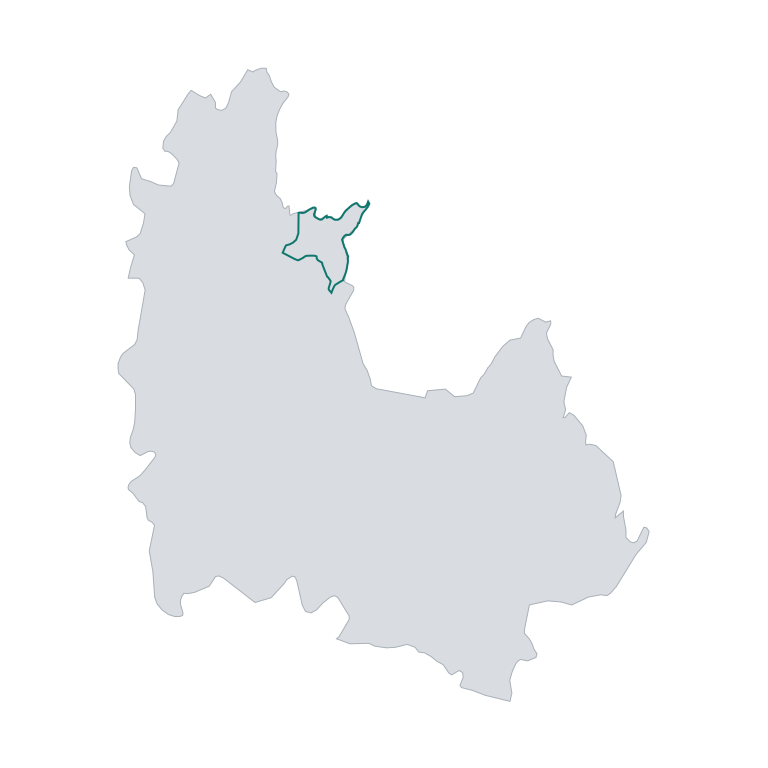 location of Guéckédou within Guinea, rotated 191°
{"feature_id": "GIN-5640", "entity_name": "Guéckédou", "entity_type": "Prefecture", "adm_level": 1, "iso_a3": "GIN", "parent_name": "Guinea", "parent_adm1": "", "projection": "equal_earth", "projection_center": [-10.351, 8.727], "detail": "fine", "context": "in_parent", "style": "outline", "palette": "teal", "viewbox_px": 768, "rotation_deg": 191, "n_neighbors": 0, "source": "natural_earth", "source_scale": "10m", "svg_char_len": 5323}
<svg xmlns="http://www.w3.org/2000/svg" viewBox="0 0 768 768"><g transform="rotate(191 384 384)"><path d="M468.3,537.3L462.3,536.3L459.6,537.8L451.6,550.3L446.8,555.2L439.3,553.7L436.6,554.6L434.7,553.2L437.4,546.3L441.2,532.6L451.1,518.9L451.3,516.0L447.3,507.9L443.0,497.0L443.0,485.2L442.2,476.8L433.5,474.4L432.0,473.0L431.7,470.1L436.6,455.5L437.0,452.5L436.4,449.9L431.1,442.4L422.8,428.5L408.5,400.1L403.1,394.1L398.0,385.4L396.1,379.9L390.8,377.9L340.9,378.3L340.0,385.7L322.8,390.7L312.2,385.0L300.4,388.3L294.7,392.1L290.2,408.7L287.7,412.2L285.2,419.7L282.8,423.7L280.3,431.9L274.6,443.6L268.7,451.1L258.7,455.2L255.5,467.5L253.2,472.1L249.4,475.7L245.2,478.0L237.1,475.6L232.5,477.8L231.7,474.7L234.3,465.0L232.3,459.9L224.5,449.8L223.7,445.0L221.3,438.7L211.1,425.7L201.4,426.5L204.1,415.6L204.1,401.1L200.8,393.2L201.7,385.2L199.9,385.7L196.7,391.2L191.5,389.5L181.0,380.9L175.7,372.5L175.1,365.4L174.0,362.7L170.7,364.2L164.2,364.0L144.1,351.4L130.0,319.7L129.7,312.5L131.8,300.2L131.4,296.8L124.8,305.0L123.6,299.5L118.6,286.8L117.2,279.5L112.4,276.2L108.6,275.7L105.6,278.1L101.6,293.0L98.7,292.9L95.6,289.7L96.3,278.6L104.1,264.7L117.2,229.7L121.9,221.6L124.8,218.8L130.9,218.5L142.8,213.8L157.5,202.9L168.6,203.8L181.8,202.4L199.1,194.9L199.3,171.4L198.8,166.2L192.7,161.5L189.2,157.4L186.1,152.2L182.4,148.5L182.6,144.6L190.2,139.6L197.2,139.7L199.5,137.8L201.3,134.4L203.3,125.9L204.0,117.0L199.5,105.0L199.8,96.5L225.0,97.7L238.8,100.1L250.1,100.8L251.9,102.7L250.3,111.0L251.8,115.8L255.6,117.1L262.0,111.4L265.3,112.7L272.3,119.8L278.9,121.8L286.1,125.6L292.8,127.8L298.8,127.5L303.3,131.5L311.7,132.8L322.6,127.7L331.1,125.5L343.1,124.9L349.4,126.6L367.7,122.5L382.0,124.8L379.8,127.6L373.2,146.4L374.0,149.7L388.6,165.6L392.0,166.8L396.0,164.6L402.3,157.3L407.2,149.3L412.0,145.4L417.6,145.7L422.0,151.3L432.4,174.9L435.0,177.9L437.5,177.8L442.1,173.4L444.4,168.2L454.0,152.7L468.9,144.9L504.4,162.8L509.6,164.1L512.6,162.8L517.0,152.2L530.4,143.2L536.8,140.7L540.4,140.4L541.8,137.5L542.5,133.3L541.7,128.8L537.6,120.8L537.5,118.5L539.8,116.9L544.9,115.8L551.5,116.6L558.9,120.0L564.9,125.0L568.4,130.9L575.1,155.8L582.6,175.4L582.3,201.5L585.6,204.2L589.3,205.3L591.0,207.4L594.6,218.2L598.0,221.3L602.1,222.0L609.8,229.0L614.8,231.7L615.5,233.8L615.3,236.6L613.4,240.3L606.0,247.5L602.3,253.7L594.8,268.5L594.6,271.3L596.2,273.3L599.3,273.7L602.7,272.7L609.6,267.2L615.1,269.2L620.3,273.3L622.3,277.6L622.8,283.2L621.6,290.5L621.4,298.7L623.2,312.5L626.0,326.4L628.7,331.4L646.3,343.7L648.0,348.2L648.9,353.4L647.7,360.4L645.9,364.4L636.3,375.2L634.8,380.4L635.6,390.0L636.4,430.7L640.2,437.6L644.7,441.1L655.3,439.1L655.0,450.4L653.6,463.1L659.8,467.0L662.9,470.9L664.6,474.5L654.9,481.2L652.1,485.1L650.8,495.7L651.1,505.5L664.2,512.5L669.3,520.7L671.6,529.2L672.4,545.2L671.2,548.9L667.8,549.0L661.2,539.2L651.0,538.1L643.5,536.3L630.9,537.5L628.8,540.5L627.3,561.8L630.4,565.4L636.4,569.4L640.3,571.1L643.6,570.7L646.1,573.3L646.7,580.3L645.0,585.4L641.7,590.2L637.5,602.6L638.4,613.9L631.4,631.9L629.3,635.4L619.9,631.9L613.8,630.7L609.4,635.3L603.2,628.2L602.1,622.7L599.9,621.6L595.7,621.5L591.9,624.6L590.3,630.3L589.4,641.9L582.6,652.9L577.7,666.5L572.1,665.3L570.9,666.9L565.0,670.5L559.9,671.5L558.5,667.8L555.5,664.9L552.2,659.1L548.4,654.4L541.2,651.1L538.3,652.5L534.9,652.2L532.6,650.3L533.0,647.5L536.7,640.4L538.9,633.8L540.1,626.7L540.1,619.9L538.0,610.3L534.8,602.7L534.0,598.3L534.3,592.0L533.6,586.1L532.5,583.1L531.0,572.0L529.1,570.0L528.0,561.1L528.3,552.0L525.5,548.6L521.1,546.1L518.5,542.5L516.9,538.6L515.3,537.4L513.9,537.7L512.7,540.1L511.2,540.6L508.7,532.1L507.6,531.8L505.8,533.8L485.5,543.2L482.9,535.2L479.0,533.7L472.2,537.0L468.3,537.3Z" fill="#d9dde1" stroke="#a8b0b8" stroke-width="1"/><path d="M444.1,478.6L444.0,478.0L445.7,476.7L450.0,472.8L451.2,471.4L451.4,470.8L452.3,467.5L453.0,463.5L455.8,465.7L456.3,466.4L456.6,467.5L455.9,474.0L456.0,474.7L456.3,475.2L459.2,478.0L460.3,478.5L467.4,489.7L467.6,490.3L467.7,490.8L467.9,491.2L468.6,491.5L471.8,492.6L473.0,493.3L473.8,494.1L474.5,496.2L474.7,496.5L475.7,496.6L477.4,496.6L483.7,495.3L485.0,494.8L486.1,494.0L486.6,493.5L487.3,492.6L491.3,489.4L492.1,489.0L495.4,489.6L508.5,493.5L507.6,497.8L506.7,501.3L503.1,503.2L500.3,505.4L497.7,508.9L496.8,515.5L500.5,535.7L499.4,536.1L499.0,536.2L497.5,536.2L496.1,536.5L494.9,537.0L493.6,537.9L490.5,541.1L487.3,543.6L485.7,544.0L484.6,543.5L484.3,542.1L485.1,537.2L484.5,535.6L483.4,534.7L478.9,533.2L477.6,533.2L476.3,533.7L473.6,537.2L472.3,538.2L471.7,536.4L470.1,537.3L469.2,537.5L468.4,537.4L467.5,537.6L466.8,537.3L466.2,536.8L464.0,535.9L463.5,535.9L461.1,536.3L459.9,536.9L459.0,537.8L458.0,538.9L457.3,540.4L455.4,545.5L454.4,547.2L449.8,553.2L447.0,555.6L445.6,556.4L444.8,556.2L442.5,554.2L441.4,553.6L438.8,553.4L436.5,554.4L435.0,556.6L434.4,560.1L432.8,558.2L433.7,554.8L435.5,551.2L436.9,549.0L438.0,546.4L439.2,537.3L440.0,537.2L440.2,536.3L440.2,535.1L440.4,533.7L441.0,532.4L442.2,530.9L443.4,527.8L444.7,525.6L446.2,523.9L447.8,523.4L449.6,523.3L451.0,521.9L452.1,519.8L452.7,517.6L449.4,511.5L448.9,510.5L447.8,509.4L444.5,503.7L444.3,503.4L443.8,502.9L443.5,502.5L443.5,502.1L443.5,501.0L443.5,500.5L442.8,497.5L442.7,496.5L442.5,488.8L442.9,485.1L444.1,478.9L444.1,478.6Z" fill="none" stroke="#0f766e" stroke-width="2"/></g></svg>